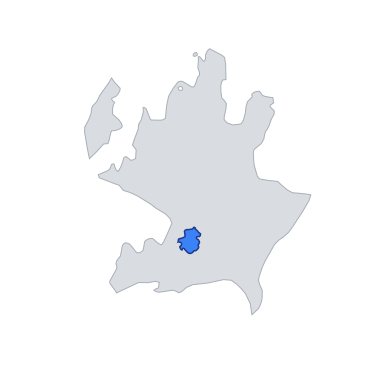 Saatly District, Saatlı, Azerbaijan (highlighted), rotated 67°
{"feature_id": "54616110B939777630101", "entity_name": "Saatly District", "entity_type": "district", "adm_level": 2, "iso_a3": "AZE", "parent_name": "Azerbaijan", "parent_adm1": "Saatlı", "projection": "mercator", "projection_center": [48.463, 39.842], "detail": "fine", "context": "in_parent", "style": "filled", "palette": "blue", "viewbox_px": 384, "rotation_deg": 67, "n_neighbors": 0, "source": "geoboundaries", "source_scale": "gbopen_adm2", "svg_char_len": 4970}
<svg xmlns="http://www.w3.org/2000/svg" viewBox="0 0 384 384"><g transform="rotate(67 192 192)"><path d="M255.4,301.0L254.0,300.9L244.0,303.3L241.9,302.5L233.4,291.6L231.7,290.4L228.0,289.9L225.8,288.1L224.1,285.2L223.1,283.0L214.2,277.1L212.9,274.9L212.7,273.0L214.0,271.3L215.5,269.8L219.8,268.4L224.9,267.1L226.5,266.2L227.3,264.6L227.3,262.1L226.4,259.6L219.2,255.0L218.4,253.0L218.2,250.6L218.6,248.1L219.7,246.2L225.6,243.5L228.8,240.7L226.8,237.6L220.4,230.5L212.9,222.7L207.8,222.6L202.0,224.9L192.7,231.6L187.6,234.4L180.9,239.1L173.6,244.3L167.6,249.9L163.8,254.5L157.2,256.5L153.8,260.3L142.7,271.8L139.6,271.6L139.4,265.9L139.5,261.4L138.8,258.8L135.2,255.2L135.2,253.7L136.1,252.8L138.9,253.3L142.5,253.1L144.2,251.7L140.4,247.0L137.0,243.9L134.1,241.7L133.5,240.5L133.5,239.6L134.1,238.5L139.0,235.9L139.4,233.5L139.1,230.8L131.3,226.9L125.5,228.4L120.3,223.9L116.9,220.5L112.8,216.8L109.0,214.8L105.4,210.2L99.2,205.4L95.2,204.1L95.3,203.3L96.0,202.5L97.7,201.7L108.8,201.9L110.1,201.1L110.8,199.0L112.3,196.0L114.1,191.5L114.0,187.8L102.8,181.7L94.7,176.1L89.1,168.7L85.3,161.9L85.4,159.6L86.5,157.5L95.2,151.2L95.8,149.6L95.6,148.5L92.5,145.3L88.6,142.0L87.4,139.5L84.9,138.3L80.3,138.2L72.1,134.1L70.4,133.7L70.0,132.9L70.4,132.1L76.2,130.4L76.2,129.1L74.4,127.3L71.1,126.0L68.1,122.7L67.0,119.8L77.6,111.2L80.7,109.5L87.5,111.1L101.8,116.8L100.9,119.9L102.3,121.7L105.6,124.1L111.9,126.5L117.2,127.8L119.9,126.7L124.0,125.8L129.3,128.6L134.2,132.2L136.7,133.6L138.0,134.1L141.7,132.9L146.2,128.3L147.9,122.7L148.4,120.0L145.8,116.4L140.5,112.3L134.4,108.8L130.6,105.7L128.1,99.6L125.6,98.9L125.0,98.1L124.5,96.0L124.7,93.0L125.5,90.8L127.9,89.8L130.4,89.5L132.6,87.3L135.4,83.1L136.6,80.7L141.9,82.1L142.6,85.9L143.5,86.6L145.7,86.2L149.3,84.6L152.2,85.8L155.9,90.4L161.0,95.1L163.8,98.3L164.9,100.5L167.5,102.7L171.3,105.2L174.4,109.1L177.1,118.2L179.9,120.3L189.7,123.8L193.2,124.5L202.9,125.7L206.3,124.8L211.3,117.0L215.8,108.9L220.0,107.2L227.6,103.3L232.1,99.6L234.1,95.6L238.3,88.0L241.0,83.7L245.5,87.5L253.2,97.8L264.3,114.4L267.0,119.1L268.8,124.5L270.3,131.1L272.8,136.9L284.0,151.5L288.9,156.9L296.8,163.8L299.6,165.4L303.3,165.8L310.0,165.8L316.3,168.5L319.4,170.4L322.6,173.2L325.4,176.4L328.3,184.8L317.5,182.0L306.5,182.5L300.4,184.3L294.4,186.8L288.6,190.3L285.0,197.1L282.0,212.8L277.6,227.5L277.7,234.2L279.7,240.7L279.5,243.8L277.4,245.1L274.9,247.9L271.5,261.2L269.8,263.9L267.7,265.5L267.1,263.9L267.2,260.5L262.4,257.4L259.9,260.8L258.2,268.2L254.7,275.9L254.5,277.3L255.4,301.0ZM93.9,163.3L94.4,161.2L93.0,160.2L91.5,160.2L90.3,161.2L90.3,163.9L92.0,164.4L93.9,163.3ZM58.1,224.8L56.4,222.7L55.7,221.5L60.5,220.5L68.5,217.6L70.7,219.0L73.0,221.9L74.2,224.4L74.4,229.1L75.4,229.9L79.3,228.3L81.0,230.2L84.0,232.4L89.2,234.7L96.7,231.2L100.5,230.3L103.5,230.3L105.2,231.4L105.8,235.1L105.2,239.5L104.3,242.0L105.9,243.8L112.0,248.1L114.6,250.5L113.3,254.6L117.9,264.7L119.4,268.6L121.3,273.4L111.9,271.5L95.0,267.5L90.3,265.4L85.9,259.8L83.3,257.0L79.4,253.6L76.3,252.2L73.9,249.8L72.5,246.2L70.5,243.0L67.0,239.1L59.1,226.2L58.1,224.8ZM68.1,136.8L67.1,137.6L65.5,136.8L65.0,135.2L65.1,133.5L66.7,133.1L68.0,133.6L68.4,135.1L68.1,136.8Z" fill="#d9dde1" stroke="#a8b0b8" stroke-width="1"/><path d="M226.4,203.0L226.0,203.3L225.6,203.7L225.2,203.9L225.4,204.5L225.8,205.1L226.1,205.7L226.1,206.1L226.2,206.7L225.9,207.4L225.7,207.9L225.6,208.4L225.5,208.9L225.4,209.5L225.2,210.2L224.9,210.6L224.6,211.3L224.5,212.0L224.5,213.2L224.9,213.8L225.4,214.4L225.8,214.5L226.7,214.6L227.5,214.8L228.3,215.2L229.4,215.4L229.9,215.6L230.5,216.4L230.5,217.1L230.6,218.3L230.5,219.3L230.5,220.2L230.2,221.0L230.1,221.6L230.0,222.2L230.4,222.9L231.0,223.4L231.5,223.7L232.1,223.9L232.5,224.3L232.5,224.2L232.7,223.6L233.0,223.4L233.4,223.1L233.6,222.6L233.8,222.3L234.1,222.0L234.8,221.8L235.3,221.8L235.8,221.9L235.8,222.0L236.2,222.2L236.6,222.5L237.1,222.9L237.2,223.2L237.2,223.7L237.3,224.1L237.5,224.5L237.8,224.7L238.4,224.7L239.0,224.7L239.8,224.8L240.5,224.6L241.3,224.1L241.4,223.6L240.8,223.2L240.4,222.8L240.4,222.1L240.7,221.6L241.2,221.2L242.1,221.1L242.9,220.8L243.7,220.5L244.1,220.4L244.6,220.3L245.1,219.9L245.7,219.8L246.5,219.3L246.9,219.1L247.4,218.6L247.4,218.1L247.9,217.7L248.0,216.9L248.0,215.8L247.9,215.1L247.5,214.3L247.1,213.7L247.0,212.9L247.2,212.2L247.5,211.5L247.2,210.2L246.9,209.7L246.8,209.2L246.5,208.7L246.2,208.1L245.7,207.6L245.1,207.3L244.5,207.2L243.6,207.2L243.0,207.0L242.7,206.4L242.3,205.8L241.7,205.1L241.4,204.8L240.2,204.6L239.8,204.7L239.1,204.7L238.5,204.8L238.1,205.0L237.6,205.4L237.3,205.6L236.5,205.9L236.0,205.8L235.5,205.7L235.3,205.3L235.1,204.8L235.3,204.0L235.5,203.5L235.8,203.0L235.9,202.6L235.8,202.2L235.5,201.8L235.3,201.4L234.9,201.1L234.3,200.9L234.0,200.6L233.9,200.5L233.0,201.0L232.5,201.2L232.0,201.6L231.1,201.9L230.6,202.0L229.7,202.3L228.9,202.6L228.0,203.1L227.4,203.5L226.9,203.5L226.5,203.1L226.4,203.0Z" fill="#3b82f6" stroke="#1e3a8a" stroke-width="1.5"/></g></svg>